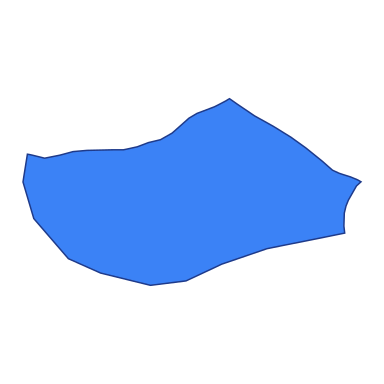 Derniere Riviere/Morne Panache, Dennery, Saint Lucia (orthographic projection)
{"feature_id": "8701671B48498321599703", "entity_name": "Derniere Riviere/Morne Panache", "entity_type": "district", "adm_level": 2, "iso_a3": "LCA", "parent_name": "Saint Lucia", "parent_adm1": "Dennery", "projection": "orthographic", "projection_center": [-60.929, 13.953], "detail": "fine", "context": "isolated", "style": "filled", "palette": "blue", "viewbox_px": 384, "rotation_deg": 0, "n_neighbors": 0, "source": "geoboundaries", "source_scale": "gbopen_adm2", "svg_char_len": 895}
<svg xmlns="http://www.w3.org/2000/svg" viewBox="0 0 384 384"><path d="M361.0,181.8L358.6,180.4L357.7,179.9L350.5,176.9L342.9,174.5L339.0,173.2L332.5,170.2L327.7,166.0L322.4,161.3L305.8,147.9L292.3,138.2L291.4,137.5L273.3,126.3L254.6,115.9L237.2,104.1L230.8,99.6L229.5,98.7L227.9,99.6L226.0,100.8L218.4,104.8L214.4,106.8L197.0,113.4L188.9,118.2L181.4,124.9L172.1,133.1L160.5,139.7L148.4,142.6L142.6,144.8L137.3,146.8L126.9,149.1L123.4,149.8L115.3,149.8L113.2,149.8L86.9,150.4L74.2,151.5L73.0,151.6L69.4,152.6L59.7,155.2L44.6,158.2L42.3,157.6L32.5,155.2L29.3,154.5L27.4,154.2L23.8,176.7L23.0,182.0L33.8,218.6L68.4,258.7L100.7,273.1L150.4,285.3L151.4,285.2L186.0,280.9L213.4,268.1L221.6,264.2L249.4,254.7L266.9,248.7L282.2,245.6L328.4,236.4L339.2,234.2L344.7,233.1L343.9,226.1L344.3,213.1L346.0,206.0L348.4,200.1L356.5,185.9L361.0,181.8Z" fill="#3b82f6" stroke="#1e3a8a" stroke-width="1.5"/></svg>